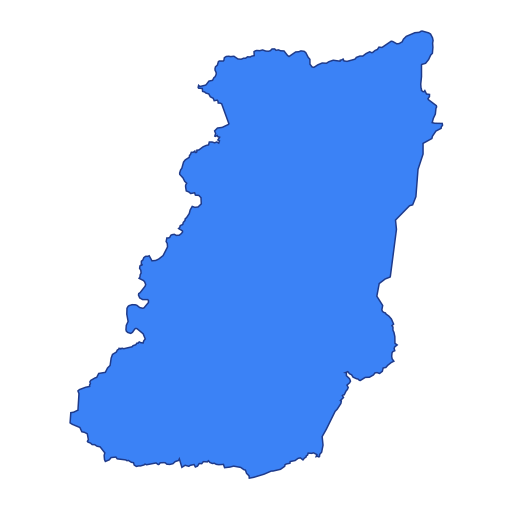 the district of Kong Chro, Gia Lai, Vietnam, rotated 269°
{"feature_id": "81297802B76302638024773", "entity_name": "Kong Chro", "entity_type": "district", "adm_level": 2, "iso_a3": "VNM", "parent_name": "Vietnam", "parent_adm1": "Gia Lai", "projection": "albers", "projection_center": [108.588, 13.762], "detail": "fine", "context": "isolated", "style": "filled", "palette": "blue", "viewbox_px": 512, "rotation_deg": 269, "n_neighbors": 0, "source": "geoboundaries", "source_scale": "gbopen_adm2", "svg_char_len": 6034}
<svg xmlns="http://www.w3.org/2000/svg" viewBox="0 0 512 512"><g transform="rotate(269 256 256)"><path d="M92.4,67.2L90.9,69.4L87.6,76.9L83.3,78.8L82.7,81.4L81.2,84.2L75.3,85.2L73.7,84.2L72.9,84.7L71.8,87.3L70.3,88.9L70.2,91.4L68.6,93.7L67.9,96.8L61.8,101.4L59.4,100.7L57.4,100.8L55.0,101.0L53.2,101.8L54.8,105.8L57.0,107.6L57.4,112.4L55.6,113.7L54.4,122.2L53.6,123.4L53.8,124.9L51.9,127.8L51.5,129.9L49.1,130.6L47.7,132.7L48.2,135.1L48.1,136.8L49.1,140.5L49.9,141.4L49.2,142.9L50.8,152.4L49.2,154.6L49.4,155.4L50.9,156.6L51.0,160.3L50.8,161.7L49.4,163.2L49.1,166.1L49.8,169.3L51.9,171.7L52.9,175.0L54.5,175.8L46.0,178.2L48.0,181.5L46.9,185.2L47.8,186.5L48.6,190.4L46.1,191.7L46.9,193.8L49.5,195.6L49.3,198.1L51.3,199.8L51.0,203.8L52.1,204.8L50.3,206.4L49.3,208.8L49.5,210.7L48.4,212.6L48.0,215.0L48.2,219.8L44.9,220.9L45.4,226.2L46.3,229.9L44.9,237.0L42.6,240.1L42.1,241.7L38.8,242.8L36.3,245.2L34.0,245.4L34.7,249.7L37.7,260.2L40.7,267.5L40.7,269.3L42.3,276.8L45.2,281.0L46.7,281.3L47.5,282.6L48.2,286.3L49.9,286.6L50.8,291.5L52.9,294.5L53.4,296.8L51.3,299.4L53.0,300.8L54.2,302.6L55.3,302.8L56.1,304.1L58.0,304.7L57.7,308.3L58.2,310.0L56.4,313.4L54.4,312.6L54.7,313.9L54.0,315.4L54.5,316.0L56.5,316.2L58.7,318.2L65.7,319.7L74.3,319.0L81.4,323.2L99.3,332.4L101.4,334.5L107.1,338.3L109.5,338.8L110.0,337.9L113.0,341.0L114.8,339.9L115.6,340.8L115.7,341.8L119.3,343.6L120.9,345.0L122.9,345.9L125.3,344.7L127.5,347.3L129.2,348.3L131.7,347.4L134.7,344.3L137.8,344.3L137.9,343.6L138.8,345.7L136.6,347.5L135.6,349.5L133.2,350.9L131.5,354.4L131.3,355.7L129.9,357.2L129.7,358.1L132.7,363.1L132.8,367.3L135.0,371.3L137.1,373.0L137.3,375.1L136.4,377.5L138.5,380.3L141.8,381.2L142.3,383.9L144.5,385.9L147.1,389.3L148.4,392.0L150.8,390.3L153.4,389.9L156.8,390.3L158.0,391.1L158.9,393.1L161.0,392.5L162.6,393.0L164.6,395.6L166.3,393.4L173.0,393.4L177.2,392.6L179.5,391.6L182.5,391.7L184.0,390.7L185.5,392.4L190.6,390.3L193.6,387.8L195.6,385.1L196.8,384.4L197.5,382.5L198.6,381.4L200.0,380.9L204.3,381.8L213.7,376.1L226.3,378.7L230.8,384.8L232.6,389.7L233.5,390.0L280.2,396.9L289.5,396.1L303.6,410.4L304.4,413.5L312.5,416.9L339.8,419.5L355.0,424.8L365.7,425.0L370.4,433.9L372.7,434.5L377.8,438.1L380.4,443.3L381.8,443.5L383.5,444.8L385.3,444.5L385.6,437.0L386.3,434.5L390.5,435.7L394.8,437.8L400.5,438.5L401.9,439.2L403.2,438.9L409.4,431.0L410.4,430.7L412.3,432.2L414.5,432.3L415.0,429.3L418.4,427.7L417.3,426.9L417.5,425.6L418.9,424.2L419.8,424.4L421.3,423.9L425.0,423.7L432.4,424.6L444.2,424.8L444.7,425.2L445.7,428.9L449.4,432.0L453.9,434.2L455.6,435.9L461.5,436.5L465.8,436.3L468.3,436.8L471.1,436.3L474.9,434.4L476.1,432.5L478.0,426.2L477.9,425.0L476.8,423.2L476.5,418.8L473.0,410.1L470.2,407.2L467.6,405.9L465.9,402.8L465.7,400.5L468.1,396.4L468.4,394.9L462.3,385.6L462.7,382.6L460.4,381.0L459.4,378.6L457.4,376.1L457.3,375.0L458.2,373.3L456.5,369.6L454.0,366.2L454.1,363.4L452.8,359.7L451.5,358.9L450.9,357.8L449.0,350.4L449.5,347.4L451.4,346.5L450.6,345.3L450.3,343.6L449.3,343.4L450.4,336.6L449.0,332.3L447.5,329.8L447.8,325.5L446.1,321.2L443.6,317.2L444.0,315.4L446.8,313.3L451.7,313.3L453.8,311.6L458.5,309.3L459.8,307.7L460.3,304.5L459.5,302.4L459.3,299.2L454.9,292.5L456.0,291.0L460.5,287.6L460.8,284.0L461.7,282.1L461.3,279.6L462.7,278.3L462.7,275.6L461.0,273.9L460.5,272.1L460.7,269.4L461.9,266.2L461.2,263.3L461.5,260.3L461.1,258.9L460.4,257.6L456.4,257.7L455.8,254.9L455.1,253.8L455.3,251.0L453.9,249.0L454.0,247.1L453.0,244.6L453.3,241.4L456.1,237.4L455.8,234.1L456.2,232.2L456.0,229.7L454.8,227.8L452.1,227.3L451.5,226.6L451.6,222.7L451.0,221.8L447.5,220.7L445.9,218.8L444.1,218.3L442.5,218.3L440.0,219.4L438.5,219.4L436.0,218.3L435.1,217.1L432.4,215.6L431.7,212.0L428.2,209.2L427.7,208.4L426.6,203.6L426.7,202.5L427.6,201.6L425.6,201.1L424.8,201.5L424.4,205.2L421.5,205.5L420.9,207.5L419.8,208.7L418.9,211.6L416.0,213.1L414.4,216.0L412.0,216.9L412.5,219.9L411.5,220.7L409.6,220.9L409.5,222.8L408.8,224.3L388.7,231.2L388.0,230.7L385.2,224.5L384.6,219.7L381.8,216.8L379.2,217.8L376.6,216.9L376.3,217.6L377.2,219.2L376.0,219.9L375.4,221.7L372.7,219.9L371.8,221.5L369.5,220.7L370.7,218.8L369.9,216.6L370.7,214.2L370.8,211.3L367.9,210.5L367.4,208.1L366.1,205.0L363.0,200.7L362.8,198.7L361.2,198.7L360.5,197.9L360.6,197.1L362.0,196.7L360.8,195.1L360.8,193.1L358.5,192.2L357.8,191.3L355.8,191.0L353.4,187.0L351.2,185.2L345.1,183.4L343.3,182.1L340.3,181.1L338.9,181.2L335.3,184.4L331.9,186.0L330.0,188.0L328.1,186.9L326.5,186.8L322.3,187.4L321.2,190.0L319.6,191.8L320.3,195.7L317.9,196.5L317.6,199.9L315.3,202.0L309.1,202.2L306.0,198.9L305.7,195.7L306.7,193.1L303.2,191.0L299.6,190.0L295.5,187.2L294.5,185.9L292.7,185.6L290.9,183.9L288.8,183.3L287.7,180.8L285.8,180.2L284.8,179.1L282.4,182.9L281.3,183.0L279.8,181.8L278.1,179.6L278.0,176.6L279.1,174.7L278.8,172.5L278.2,171.2L276.0,170.0L275.5,168.5L275.6,167.2L272.0,166.4L270.1,167.5L266.6,167.7L258.0,163.1L254.6,158.6L253.3,155.7L253.0,151.9L258.1,149.2L257.6,148.1L257.6,145.6L256.3,143.8L254.0,142.8L252.8,141.3L250.4,141.2L249.2,142.0L248.7,141.5L248.9,140.6L248.1,139.8L245.7,139.4L243.7,140.6L240.9,140.8L239.3,139.9L237.0,139.6L235.7,138.7L233.4,143.1L232.1,144.2L229.4,145.2L227.7,144.6L221.3,139.4L220.5,138.1L219.0,137.8L216.1,139.0L214.4,141.9L214.3,147.0L213.3,147.7L211.3,147.6L206.1,143.1L205.7,141.9L206.5,138.8L208.8,136.0L209.3,134.6L209.5,131.3L208.6,128.2L207.8,127.2L206.0,126.1L200.1,125.8L192.8,127.0L188.9,125.1L184.7,124.7L183.2,125.0L181.8,126.4L180.8,129.4L181.8,131.1L185.2,133.6L185.7,134.6L185.4,135.8L180.2,141.8L175.0,143.8L173.0,142.2L171.0,141.6L171.4,139.1L172.1,138.0L171.7,137.1L170.9,136.6L170.9,135.3L169.4,134.3L168.5,131.5L167.4,130.5L165.6,122.2L166.1,120.6L165.7,120.2L166.0,119.4L165.5,119.0L166.1,117.5L165.2,117.1L164.4,115.7L162.4,114.7L160.1,110.8L156.4,109.4L149.1,108.2L146.6,105.6L142.3,103.3L141.3,96.7L137.4,94.6L136.9,92.9L134.5,88.6L133.0,87.7L131.2,88.2L130.1,87.4L128.5,87.4L127.7,83.3L125.5,77.1L124.2,75.6L121.5,76.6L105.0,75.3L103.0,70.9L102.6,68.1L92.4,67.2Z" fill="#3b82f6" stroke="#1e3a8a" stroke-width="1.5"/></g></svg>